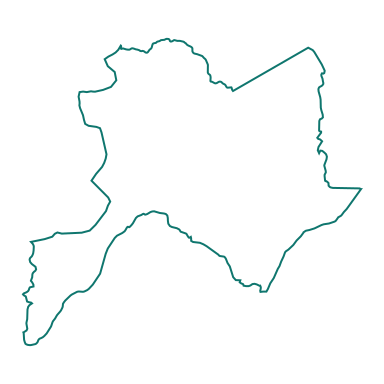 map outline of Cuvette (Natural Earth projection)
{"feature_id": "COG-3342", "entity_name": "Cuvette", "entity_type": "Region", "adm_level": 1, "iso_a3": "COG", "parent_name": "Republic of the Congo", "parent_adm1": "", "projection": "natural_earth1", "projection_center": [15.8, -0.78], "detail": "fine", "context": "isolated", "style": "outline", "palette": "teal", "viewbox_px": 384, "rotation_deg": 0, "n_neighbors": 0, "source": "natural_earth", "source_scale": "10m", "svg_char_len": 5639}
<svg xmlns="http://www.w3.org/2000/svg" viewBox="0 0 384 384"><path d="M361.0,189.1L346.7,209.0L343.9,212.0L341.7,215.0L340.9,215.8L338.1,217.4L337.8,218.0L335.7,220.9L334.6,221.6L329.0,223.5L323.7,224.3L321.6,225.0L314.5,228.4L309.4,230.0L306.0,230.7L305.4,231.0L304.2,231.9L303.6,232.2L303.3,232.9L300.8,236.3L296.6,240.5L293.3,245.0L288.4,249.6L285.9,251.3L285.2,252.1L284.8,253.0L283.6,256.4L281.2,261.5L279.5,266.1L277.8,268.9L273.8,278.0L270.3,283.3L267.9,289.0L266.4,291.6L263.0,291.6L260.5,291.9L260.2,290.8L260.7,288.9L260.8,287.2L260.3,285.9L260.2,285.7L259.8,285.9L256.7,284.4L254.5,283.8L252.4,284.1L250.4,285.5L248.7,286.1L245.9,286.1L243.6,285.7L243.4,284.8L243.0,284.1L241.2,283.4L239.7,282.3L240.3,280.3L235.8,280.1L233.2,277.2L229.8,266.4L227.5,262.9L225.9,258.8L225.4,258.0L224.6,257.0L223.9,256.6L219.8,256.0L219.0,255.5L218.4,254.7L206.6,246.2L203.4,244.3L199.9,242.8L193.1,242.0L191.2,240.9L191.1,238.1L190.8,236.9L189.6,237.7L188.8,237.6L187.9,236.4L186.4,233.8L185.6,233.4L180.7,231.7L180.2,231.0L179.8,230.2L179.1,229.4L176.8,228.2L171.9,227.0L169.9,226.0L168.3,223.7L167.9,220.9L167.8,218.0L167.3,215.5L165.8,214.0L164.0,213.5L159.9,213.0L154.1,211.3L152.1,211.5L150.4,212.1L147.3,214.0L145.6,214.6L145.0,214.6L143.9,213.9L143.5,213.8L142.7,214.1L141.3,215.0L137.6,216.4L135.9,218.0L132.9,223.3L131.3,225.3L129.6,227.0L129.1,227.2L128.0,226.8L127.5,226.9L126.7,227.9L125.4,230.2L124.6,231.3L122.3,233.0L117.0,235.7L114.8,237.9L107.8,248.5L105.7,253.8L100.1,273.7L92.8,284.6L88.8,288.9L87.2,290.1L84.3,291.5L83.0,291.8L78.8,291.5L78.0,291.6L77.1,291.8L71.9,294.5L70.5,295.5L65.3,300.5L63.9,302.3L63.0,303.8L62.7,306.7L62.4,307.6L61.0,310.4L60.2,311.5L57.3,314.8L56.4,316.2L55.1,318.5L53.0,321.2L52.5,322.2L51.3,325.8L50.9,326.7L46.7,333.4L44.3,336.0L42.7,337.3L40.9,338.2L39.8,338.6L39.0,339.2L38.4,340.0L37.6,342.0L37.3,342.5L36.8,343.0L36.1,343.7L35.3,344.1L31.3,345.0L30.5,345.1L29.6,345.1L27.9,344.9L26.4,344.4L25.5,343.8L24.8,342.2L24.1,339.8L23.7,333.2L23.4,332.4L23.7,332.3L26.5,330.5L27.3,328.8L26.4,323.5L26.5,322.4L27.2,319.2L27.5,309.5L28.2,306.8L29.5,305.1L32.0,303.4L31.1,302.6L28.9,302.2L27.1,301.5L25.8,296.5L23.7,295.2L23.0,294.3L24.0,293.3L26.2,292.4L27.2,291.8L28.2,291.0L28.9,289.7L29.3,288.3L30.0,287.3L33.5,286.5L33.4,284.6L32.2,282.4L30.9,280.8L32.2,277.3L32.4,274.3L32.8,273.2L34.0,271.8L35.3,270.8L36.1,269.4L35.5,266.8L31.8,264.0L30.2,262.1L29.6,259.7L29.9,258.4L30.6,257.5L31.5,256.7L32.2,255.7L32.8,254.4L33.2,253.2L33.6,250.5L33.8,246.6L33.6,245.5L32.8,243.9L31.0,241.9L44.7,239.1L52.3,236.7L54.8,233.8L57.4,232.5L61.8,233.6L81.7,232.7L89.7,230.6L95.5,224.9L106.0,211.1L107.9,205.7L110.2,201.6L108.2,197.5L91.5,180.7L96.1,173.9L102.1,166.9L104.2,162.9L105.7,158.6L106.5,154.3L101.5,132.4L100.0,128.2L96.4,126.9L88.6,125.8L85.2,123.9L84.0,119.9L83.0,115.2L80.1,108.2L79.4,105.4L79.6,103.4L79.5,101.4L78.6,96.7L79.6,92.1L83.1,91.6L86.8,92.1L91.0,91.3L93.0,91.6L95.0,91.7L103.1,89.9L111.0,86.9L116.3,80.3L114.7,72.0L107.8,66.2L104.7,59.2L108.4,56.6L112.5,54.5L115.6,52.5L118.3,49.8L120.8,45.6L121.0,45.8L121.1,46.2L121.1,46.6L120.9,47.7L120.9,48.3L121.1,48.8L121.6,48.9L122.5,48.5L122.9,48.4L126.2,49.4L128.2,49.7L128.9,49.7L129.6,49.6L130.5,49.1L131.1,48.7L131.7,48.4L132.5,48.3L133.8,48.6L135.4,49.2L136.1,49.4L137.3,49.6L138.6,50.0L139.1,50.2L139.6,50.4L140.0,50.8L140.4,51.0L141.0,51.1L141.6,51.1L142.6,50.9L143.7,51.2L144.4,51.6L145.4,52.4L145.9,52.6L146.5,52.7L147.2,52.6L147.8,52.2L149.3,50.1L149.6,49.7L150.9,48.7L151.3,48.3L151.5,47.8L151.8,47.2L152.3,45.2L152.7,44.1L152.9,43.9L153.1,43.6L153.3,43.5L153.7,43.4L154.1,43.2L155.4,43.0L156.0,42.8L156.2,42.6L156.8,42.0L157.3,41.7L157.9,41.5L158.8,41.3L159.5,41.1L160.0,40.8L160.9,40.2L161.3,40.1L164.5,39.8L164.7,39.7L165.5,39.2L165.9,39.1L166.4,38.9L167.6,38.9L168.5,39.0L169.2,39.4L169.6,40.0L169.8,40.7L170.1,41.2L170.6,41.5L171.3,41.5L172.3,41.2L173.0,40.8L173.9,40.2L174.3,40.1L174.8,40.2L177.4,40.9L180.0,40.9L183.5,41.7L184.2,42.1L184.5,42.5L185.0,42.8L185.4,43.1L185.9,43.4L186.6,44.3L187.0,44.7L187.9,45.3L188.4,45.6L190.5,46.5L191.5,47.1L191.8,47.5L192.2,47.9L192.4,48.6L192.4,50.9L192.5,51.6L192.8,52.1L193.1,52.6L193.5,53.0L193.9,53.3L194.6,53.6L197.2,54.2L201.6,55.8L202.1,56.0L202.5,56.3L204.0,58.0L205.3,59.1L205.9,60.0L207.8,64.5L207.9,65.1L207.8,71.9L207.8,72.3L207.9,72.8L208.2,73.4L208.5,73.8L208.8,74.1L209.6,74.6L209.9,74.9L210.2,75.3L210.4,75.9L210.6,77.1L210.6,78.1L210.4,80.9L210.5,81.2L210.9,81.6L211.8,81.7L212.5,82.0L214.5,83.1L215.1,83.3L215.8,83.3L216.7,83.1L218.7,81.9L219.3,81.7L219.9,81.6L220.9,81.8L221.5,82.1L222.3,83.0L222.7,83.3L223.2,83.7L224.7,84.4L225.1,84.8L225.5,85.2L226.3,86.7L226.7,87.2L227.0,87.5L227.7,87.7L230.9,87.4L231.4,87.4L231.5,87.6L231.6,87.9L231.8,88.4L231.9,89.0L232.1,89.6L232.4,90.2L232.7,90.6L233.0,91.0L308.2,47.7L312.7,50.1L314.3,52.0L321.8,64.5L324.5,70.3L324.7,70.8L324.5,71.8L324.2,73.1L323.4,73.6L322.6,73.4L321.9,73.4L321.3,74.8L321.4,75.9L322.5,78.7L323.0,81.7L323.3,82.8L323.3,83.9L322.4,85.3L321.3,86.1L320.1,86.7L319.0,87.5L318.4,89.1L318.6,91.4L320.2,97.1L320.6,99.6L320.8,107.8L321.3,110.1L322.7,114.7L322.9,117.4L321.7,118.6L320.0,119.3L319.3,121.0L319.1,130.5L319.5,131.2L321.1,131.6L321.1,132.7L317.3,137.8L318.1,138.8L320.2,139.5L322.1,141.3L318.5,147.0L317.8,150.3L319.1,153.2L320.3,150.6L322.3,150.9L324.4,152.6L326.1,154.3L326.9,156.7L326.5,159.3L324.4,164.9L324.3,165.7L325.7,170.9L325.8,172.4L324.6,174.8L324.6,176.2L325.1,180.7L325.5,181.1L326.2,181.1L327.1,181.7L327.8,182.4L328.3,182.7L328.5,183.4L328.6,185.7L329.8,187.0L330.9,187.5L332.8,187.9L359.4,188.4L360.5,188.8L360.9,189.1L361.0,189.1Z" fill="none" stroke="#0f766e" stroke-width="2"/></svg>